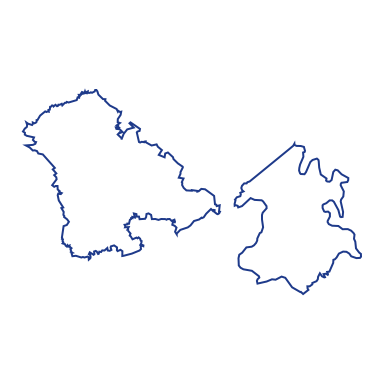 Chalma, Veracruz, Mexico (Albers equal-area conic projection)
{"feature_id": "50627088B44662139516293", "entity_name": "Chalma", "entity_type": "district", "adm_level": 2, "iso_a3": "MEX", "parent_name": "Mexico", "parent_adm1": "Veracruz", "projection": "albers", "projection_center": [-98.357, 21.198], "detail": "fine", "context": "isolated", "style": "outline", "palette": "blue", "viewbox_px": 384, "rotation_deg": 0, "n_neighbors": 0, "source": "geoboundaries", "source_scale": "gbopen_adm2", "svg_char_len": 5949}
<svg xmlns="http://www.w3.org/2000/svg" viewBox="0 0 384 384"><path d="M143.3,246.2L143.4,245.4L142.4,245.0L141.0,245.0L140.8,245.7L140.2,245.1L141.3,243.2L141.6,241.1L140.8,240.8L140.1,238.7L138.6,237.4L137.5,238.3L136.5,237.6L132.5,239.3L130.7,236.3L129.7,235.6L130.5,233.5L128.3,231.0L128.1,229.3L127.6,229.4L128.7,227.1L125.1,227.3L125.4,226.6L124.6,224.8L127.4,224.4L127.4,223.6L129.0,223.7L129.9,219.8L131.0,219.1L131.1,218.1L132.4,218.2L132.3,216.9L134.8,217.5L133.9,213.5L136.4,214.1L136.6,216.6L139.0,216.6L139.6,219.2L145.1,218.8L146.1,217.1L146.5,214.0L148.5,213.4L151.1,214.9L151.9,219.1L155.4,219.0L158.5,219.9L161.2,219.0L165.2,219.1L166.6,219.7L167.4,219.1L169.7,219.0L171.6,220.9L174.4,219.7L175.0,221.8L174.8,222.3L172.9,222.1L172.3,224.8L174.7,225.8L176.5,227.6L175.1,231.8L176.7,234.3L176.7,233.6L180.3,229.9L187.8,227.4L190.5,225.4L194.0,221.0L199.1,219.5L201.5,217.7L202.0,218.1L203.7,217.3L206.2,213.7L211.0,209.0L212.8,210.8L213.3,209.9L214.6,210.1L214.4,211.9L216.9,213.9L217.8,214.2L219.2,213.3L219.9,211.8L219.0,211.7L219.7,205.3L216.7,206.1L216.3,204.7L215.0,204.3L214.1,195.9L205.1,189.3L201.3,188.9L198.7,191.2L197.4,191.6L197.4,190.9L191.8,190.1L191.8,190.7L186.4,190.4L183.7,187.9L182.1,185.0L182.3,183.0L181.8,182.2L183.5,178.5L178.8,177.7L180.5,173.8L180.5,172.1L182.8,167.5L182.7,166.7L177.9,163.4L173.5,159.1L173.0,157.2L167.9,152.5L165.2,153.5L164.6,157.3L158.8,154.9L161.9,150.1L157.8,146.7L156.6,144.4L151.6,145.5L145.7,142.2L145.7,141.4L144.4,141.6L144.2,142.2L141.7,141.8L140.1,142.5L139.0,142.0L136.8,132.4L137.4,131.6L139.6,130.9L140.0,128.9L130.5,122.4L129.5,123.3L133.7,127.6L127.2,129.4L123.7,133.8L121.4,139.6L121.7,138.3L117.7,134.5L119.5,132.6L119.6,133.1L122.5,132.0L118.7,128.3L118.3,129.1L116.4,128.9L115.8,127.3L118.5,127.1L117.7,126.4L118.0,125.8L116.8,125.3L119.9,123.0L117.7,122.2L117.8,119.1L120.6,114.9L121.2,111.7L120.0,112.0L118.4,110.9L117.9,111.7L116.6,109.0L109.8,105.5L105.1,100.8L105.4,99.2L103.0,99.1L98.4,94.6L97.4,91.4L96.4,90.0L95.2,90.0L94.7,91.4L92.0,92.8L90.9,92.3L89.8,92.9L87.7,92.8L87.8,91.4L86.2,92.2L86.5,93.2L85.6,93.1L85.0,91.4L84.5,92.9L82.0,92.0L81.4,92.9L82.6,93.8L80.8,94.2L80.8,94.9L78.9,94.9L79.6,96.4L78.9,96.6L79.0,97.7L77.6,97.4L76.7,100.1L68.6,102.5L66.7,101.9L66.1,102.8L64.9,102.8L62.3,105.4L61.7,103.8L59.6,104.8L58.4,104.7L57.8,106.0L57.0,106.2L55.5,104.8L53.6,106.4L53.4,105.8L52.1,105.4L51.1,106.6L50.1,106.8L49.8,109.6L48.5,109.9L48.8,111.7L47.4,111.5L46.4,112.0L45.2,111.4L40.1,115.6L37.5,120.0L36.6,120.1L36.6,121.8L35.8,122.7L34.5,123.3L32.8,122.5L32.9,123.9L32.1,125.0L28.1,123.7L26.4,122.5L27.2,124.9L26.8,127.0L24.8,128.6L23.0,131.5L24.9,132.7L24.8,134.6L26.7,135.8L34.0,137.4L32.9,139.9L34.8,141.9L36.0,142.1L35.3,143.8L32.9,144.9L25.8,145.4L29.7,147.5L32.8,150.5L34.7,150.3L37.0,151.1L38.3,153.5L42.8,154.4L54.8,167.9L52.8,169.4L56.3,173.4L54.2,175.1L56.3,177.3L56.6,179.3L52.2,185.2L54.2,186.8L55.7,186.0L57.5,186.0L57.7,189.5L59.6,191.1L58.6,192.4L59.0,192.1L61.7,193.1L60.8,194.1L58.2,193.7L57.7,195.2L58.8,200.5L63.2,207.5L61.4,208.1L63.7,211.9L63.4,214.9L64.3,216.0L64.1,217.0L67.1,219.3L68.9,221.8L66.8,225.0L63.6,226.1L61.9,237.6L62.4,238.3L62.0,239.0L62.9,239.6L62.5,241.0L63.4,242.3L62.6,243.4L65.0,244.2L65.6,245.6L66.9,246.6L67.5,245.3L68.0,246.0L69.5,245.5L69.2,246.8L70.1,247.0L70.5,248.3L71.0,247.8L71.5,248.2L70.5,249.5L71.3,251.4L70.9,251.9L72.5,252.8L71.5,253.1L72.4,256.2L75.9,255.8L81.4,257.5L82.9,257.0L84.5,257.5L87.6,256.6L88.6,257.2L88.8,259.6L90.3,258.3L90.6,257.0L90.2,255.0L88.9,254.2L89.8,252.3L93.6,254.8L94.4,254.1L94.1,251.5L95.7,250.9L96.7,251.5L98.1,254.0L98.7,253.8L99.3,251.7L101.1,252.0L102.2,250.4L104.5,250.5L107.3,248.0L107.8,250.5L109.7,250.8L111.4,249.9L110.6,247.6L110.9,246.4L114.1,245.4L117.0,247.4L116.9,250.2L117.6,251.1L120.5,249.8L122.4,251.2L122.3,256.0L123.6,255.8L131.9,253.6L139.5,250.5L141.0,249.0L140.7,247.0L141.6,245.5L143.3,246.2ZM333.2,262.9L333.4,259.8L334.9,259.3L336.6,257.5L338.9,253.6L343.1,251.6L346.5,251.8L349.3,253.6L351.2,256.3L356.4,258.1L360.0,257.9L361.0,256.7L360.9,253.9L359.2,252.6L356.0,248.4L355.3,241.7L354.0,238.8L354.5,234.6L353.6,233.1L351.2,230.7L347.8,229.1L342.6,229.2L338.4,226.0L332.1,225.7L328.8,224.1L327.6,222.0L327.7,220.9L329.9,216.6L329.9,213.2L328.1,211.6L325.3,211.9L324.1,211.4L322.6,208.0L322.6,205.3L323.4,204.4L326.3,203.2L329.6,200.4L332.2,200.4L333.9,201.8L338.4,210.1L340.1,216.6L341.0,217.1L342.6,216.9L343.1,212.0L340.7,201.4L341.1,199.6L343.3,196.5L343.8,191.4L340.7,185.3L340.8,183.9L341.5,182.8L347.3,182.0L348.2,180.2L348.3,178.0L341.6,174.3L337.7,170.3L335.3,169.7L333.3,172.0L331.6,180.0L329.6,181.7L327.2,181.5L326.1,180.6L326.5,178.5L320.8,174.5L319.2,167.6L318.7,161.1L318.4,159.9L316.9,158.6L312.5,160.0L310.3,162.1L306.0,172.1L304.5,174.2L300.8,174.0L300.1,173.4L299.1,170.6L299.3,168.0L300.1,164.5L303.4,156.8L303.1,152.5L304.6,152.0L305.0,150.9L303.9,146.9L300.8,146.0L296.6,145.9L294.5,145.0L294.4,143.7L293.2,145.8L288.9,149.4L249.6,181.5L247.4,182.2L246.6,183.4L244.2,183.4L242.0,185.8L241.3,188.0L242.1,190.2L243.5,191.4L240.3,192.8L240.8,194.5L240.3,196.2L236.8,197.3L235.0,199.7L235.5,200.2L234.6,204.0L234.7,205.7L235.7,205.2L237.7,205.8L238.2,207.4L242.0,206.1L250.6,198.1L254.6,199.9L261.7,200.3L263.1,201.4L266.5,206.1L266.6,208.3L262.7,212.7L262.0,215.0L262.0,219.5L263.1,227.3L261.4,232.3L259.8,233.1L257.3,238.5L257.2,240.5L256.1,242.9L254.0,245.3L251.7,246.7L246.4,247.4L242.2,252.7L239.3,254.7L238.5,258.2L238.8,265.5L240.5,267.7L243.4,269.3L251.9,270.8L258.9,276.2L259.3,277.6L257.6,279.2L256.9,280.9L257.5,283.6L266.7,281.5L272.0,279.3L275.6,279.7L281.6,276.6L285.3,277.8L292.1,287.3L300.4,292.1L300.9,291.9L303.1,294.0L308.4,289.9L307.6,288.6L307.4,286.3L309.7,286.3L312.3,284.4L312.3,283.0L316.5,281.2L317.8,279.3L318.1,276.8L319.9,273.3L322.0,276.3L324.2,277.4L325.0,277.2L323.6,274.1L325.9,273.7L327.7,274.8L328.0,274.2L327.2,271.9L329.4,271.6L333.2,262.9Z" fill="none" stroke="#1e3a8a" stroke-width="2"/></svg>